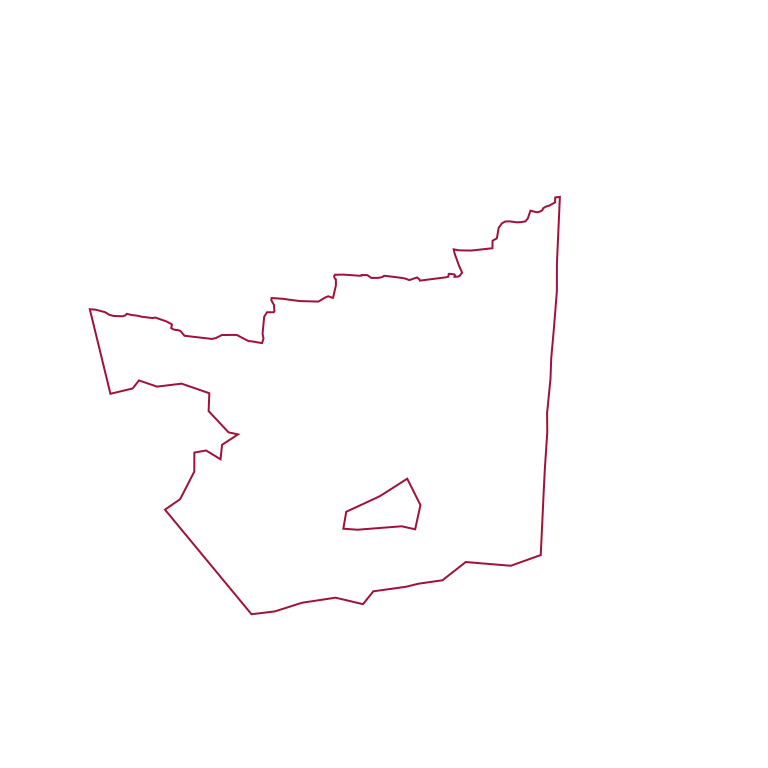 outline of Frederick, Virginia, United States of America, rotated 55°
{"feature_id": "52423323B68030863312797", "entity_name": "Frederick", "entity_type": "district", "adm_level": 2, "iso_a3": "USA", "parent_name": "United States of America", "parent_adm1": "Virginia", "projection": "robinson", "projection_center": [-78.349, 39.237], "detail": "fine", "context": "isolated", "style": "outline", "palette": "rose", "viewbox_px": 768, "rotation_deg": 55, "n_neighbors": 0, "source": "geoboundaries", "source_scale": "gbopen_adm2", "svg_char_len": 2038}
<svg xmlns="http://www.w3.org/2000/svg" viewBox="0 0 768 768"><g transform="rotate(55 384 384)"><path d="M614.0,353.7L571.8,321.1L570.3,320.0L546.0,301.1L517.0,277.8L501.5,267.2L475.2,244.6L459.0,232.4L437.9,214.6L407.3,189.3L384.7,173.4L331.6,132.6L329.4,136.7L333.3,139.7L332.7,146.3L331.6,149.4L331.3,152.7L332.5,154.9L332.0,158.2L330.9,160.4L326.0,164.6L330.8,171.1L331.9,174.7L330.4,178.2L327.8,182.4L323.0,187.6L320.5,191.3L320.0,195.1L321.8,200.4L329.4,208.0L328.9,212.9L335.0,217.3L324.6,236.2L317.6,245.8L313.7,249.7L317.9,251.4L330.1,254.7L337.5,256.1L338.8,260.0L338.6,261.5L336.7,264.8L335.6,263.5L334.6,263.5L331.2,267.2L331.0,267.9L333.0,269.8L332.2,271.9L320.9,293.4L319.9,295.3L318.5,295.0L315.7,295.8L313.4,303.7L309.5,306.4L306.7,309.2L296.6,320.4L295.4,322.0L295.4,324.2L294.0,327.4L289.9,333.5L285.1,335.3L281.9,339.8L282.3,340.3L281.4,341.8L271.1,354.5L266.4,361.5L267.2,363.1L269.4,363.8L270.7,363.4L275.7,366.9L284.1,376.2L284.2,376.5L280.1,379.4L279.4,382.9L278.9,390.4L267.8,405.4L262.3,411.4L258.8,415.2L257.1,416.9L255.9,418.3L255.0,419.5L250.6,424.9L249.1,426.8L250.9,428.3L256.1,428.8L261.5,432.0L262.0,433.2L258.1,438.7L260.2,443.6L273.1,454.6L277.6,456.6L280.6,460.4L272.6,468.5L271.3,470.3L259.3,476.5L250.9,488.7L249.9,495.5L248.4,499.1L230.0,519.8L223.9,520.3L221.3,522.1L220.6,523.4L218.0,525.5L216.0,526.2L214.3,524.1L213.3,523.6L208.0,526.3L198.2,533.4L197.4,535.6L189.9,543.9L186.5,546.9L182.9,551.0L179.0,554.4L179.4,556.4L178.7,559.1L173.4,566.2L169.9,569.3L165.3,571.2L157.6,577.7L154.0,582.1L235.1,613.7L243.5,592.4L240.5,582.7L256.0,571.4L267.6,549.6L291.4,532.4L305.6,543.2L334.4,539.1L341.5,532.5L340.9,551.5L351.9,561.1L336.4,567.9L331.4,578.7L346.9,589.6L361.4,617.0L361.3,635.5L496.6,624.6L507.6,604.0L516.2,576.5L531.2,546.3L552.3,527.5L547.7,511.6L562.8,482.1L567.4,470.2L578.3,448.7L576.7,419.2L605.6,384.4L614.0,353.7ZM473.5,451.9L474.9,419.3L504.1,423.6L520.9,441.8L510.7,451.1L488.1,489.4L479.2,500.3L467.0,488.2L473.5,451.9Z" fill="none" stroke="#9f1239" stroke-width="2"/></g></svg>